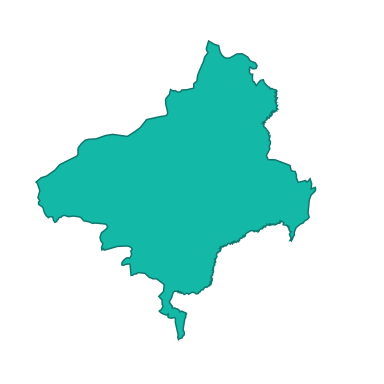 Kantharalak, Si Sa Ket, Thailand, rotated 52°
{"feature_id": "78962969B93646658502298", "entity_name": "Kantharalak", "entity_type": "district", "adm_level": 2, "iso_a3": "THA", "parent_name": "Thailand", "parent_adm1": "Si Sa Ket", "projection": "robinson", "projection_center": [104.776, 14.571], "detail": "fine", "context": "isolated", "style": "filled", "palette": "teal", "viewbox_px": 384, "rotation_deg": 52, "n_neighbors": 0, "source": "geoboundaries", "source_scale": "gbopen_adm2", "svg_char_len": 6003}
<svg xmlns="http://www.w3.org/2000/svg" viewBox="0 0 384 384"><g transform="rotate(52 192 192)"><path d="M134.0,65.0L132.4,62.9L129.3,62.6L124.4,65.4L120.0,65.0L113.9,67.4L110.9,71.5L109.7,79.5L108.3,81.8L106.4,83.5L102.7,84.2L99.3,83.8L93.0,80.9L89.4,83.5L83.2,85.9L87.7,92.3L89.1,93.2L92.0,93.6L93.6,99.2L96.1,102.4L101.9,113.1L103.8,116.0L107.7,120.0L107.7,123.8L111.2,126.7L108.2,133.2L105.4,137.1L105.9,139.4L104.6,141.7L101.9,142.7L100.4,144.9L98.0,145.8L101.2,149.7L102.2,154.6L103.2,156.2L106.7,158.6L114.0,162.0L115.4,163.2L116.0,164.6L115.4,166.6L113.2,170.2L107.0,183.2L109.4,192.9L109.3,199.5L108.4,208.7L97.7,219.1L94.3,225.3L90.9,235.2L86.9,240.9L85.4,244.3L85.8,249.3L87.0,254.1L88.5,255.9L92.2,258.6L92.8,260.8L89.0,279.4L90.4,286.4L89.9,296.8L87.9,302.1L88.2,308.8L89.9,308.5L97.3,311.1L101.7,317.0L105.1,317.2L105.6,319.3L107.4,320.5L111.3,319.1L112.9,319.2L118.0,321.2L121.7,321.4L123.9,320.9L124.0,319.1L126.0,317.1L129.0,318.5L131.5,318.8L131.9,316.8L131.1,315.9L131.3,314.6L130.3,312.4L131.3,310.9L131.0,308.7L132.1,306.7L135.4,304.6L137.8,300.4L142.5,295.9L144.3,295.1L148.0,295.1L152.1,291.5L155.6,289.6L157.1,287.1L164.1,279.8L165.8,279.5L167.5,280.0L168.4,282.3L168.4,288.5L171.1,292.4L174.4,293.9L177.7,294.0L180.3,297.7L182.2,298.6L182.1,296.7L183.6,297.0L184.0,296.5L189.0,284.2L194.4,276.6L196.4,274.9L198.4,274.1L200.3,274.4L200.8,276.5L203.8,277.9L204.9,279.4L205.8,282.1L204.5,282.8L203.6,284.5L203.7,287.7L204.4,290.4L206.1,292.1L207.4,291.4L208.3,288.7L210.1,285.5L210.8,285.3L220.2,291.4L221.0,290.0L221.2,287.7L222.2,286.6L222.4,284.1L227.1,279.1L233.3,278.2L234.6,277.0L236.1,276.5L238.7,273.3L247.2,271.0L248.4,271.4L252.8,275.6L253.8,282.4L258.7,282.1L262.2,284.7L264.3,285.2L265.8,288.7L265.5,290.7L265.9,291.2L268.4,290.7L271.8,289.0L273.6,287.4L273.6,286.0L275.5,287.8L276.7,287.7L278.8,285.9L279.9,283.5L281.4,282.8L284.5,285.4L296.2,290.9L297.7,292.7L300.0,293.5L300.0,291.9L300.8,289.8L299.8,287.3L299.8,286.1L297.6,284.3L296.7,284.4L294.4,283.2L287.4,275.7L286.8,273.9L285.5,273.3L285.1,272.1L284.5,272.2L284.1,271.1L279.6,273.4L278.9,275.4L277.9,274.8L275.5,275.3L275.5,275.7L272.7,277.0L272.3,278.1L271.1,278.9L270.4,277.9L265.7,277.8L264.4,277.2L262.8,273.2L259.6,268.7L259.6,266.5L261.0,265.2L261.5,263.9L262.4,264.6L262.4,263.8L263.0,264.0L263.2,263.4L263.6,263.8L264.7,263.0L264.3,262.5L265.3,262.3L265.2,261.6L268.0,261.3L268.5,258.5L269.7,257.6L270.5,257.6L271.0,253.7L273.0,251.8L274.6,251.6L275.5,250.4L275.8,249.3L275.1,248.2L275.7,247.5L274.8,244.7L275.8,243.6L275.0,240.9L275.2,239.5L276.0,239.3L276.4,238.1L275.9,236.2L276.6,236.0L276.2,235.3L276.6,234.4L276.3,233.9L275.9,234.2L275.7,233.2L275.2,233.8L274.5,233.4L275.1,233.0L274.9,232.3L274.4,232.8L273.9,232.1L274.1,230.4L273.4,230.0L272.2,230.4L272.4,229.4L270.8,229.3L270.8,228.8L269.8,228.3L270.2,227.2L269.7,226.5L268.5,225.8L268.6,224.9L267.6,223.8L266.9,223.4L266.3,223.8L266.3,222.9L264.9,222.4L265.1,221.7L263.9,221.0L263.5,218.9L262.8,219.0L261.6,217.9L262.1,217.3L261.4,216.2L260.5,216.6L260.0,215.4L258.9,215.6L258.7,215.1L259.3,214.7L258.2,212.0L256.7,211.6L255.3,209.4L255.8,208.9L255.4,207.3L256.0,206.9L255.9,206.1L255.3,206.2L255.2,204.9L254.6,204.3L253.8,204.9L253.9,204.1L253.6,204.4L252.6,203.5L253.3,203.1L253.6,200.7L254.4,201.0L254.3,198.7L254.9,198.9L255.4,198.0L254.7,195.0L256.7,193.8L256.3,192.5L257.7,192.1L257.2,191.5L257.5,190.9L256.8,190.9L257.2,190.4L256.6,190.5L256.6,189.4L257.5,189.5L257.3,188.5L258.9,188.3L258.9,186.7L259.5,186.2L259.0,186.0L259.6,185.3L259.4,184.6L258.9,184.7L259.1,184.0L258.1,182.9L259.1,181.2L258.0,178.5L258.8,178.2L259.1,179.2L259.6,178.3L259.0,177.7L259.4,177.4L259.3,176.8L258.2,175.9L257.9,174.9L258.6,169.9L259.4,168.2L261.5,167.3L261.2,166.9L261.7,166.7L261.6,166.2L262.1,165.2L262.6,165.4L262.8,164.5L264.1,164.6L263.9,162.8L263.2,162.2L263.5,159.7L264.1,159.6L264.1,158.9L263.6,158.6L263.9,157.7L263.3,157.4L263.8,156.6L263.4,156.3L264.7,155.6L263.4,152.8L264.3,152.9L265.1,152.3L264.9,150.8L265.7,151.0L265.6,151.5L266.1,151.3L266.3,150.7L265.8,150.5L265.7,149.6L266.7,149.7L267.2,147.9L267.7,148.1L267.9,147.2L268.7,147.2L269.1,146.5L268.9,145.9L269.5,145.2L269.2,143.7L270.1,142.9L269.9,142.1L270.6,142.1L270.5,141.1L269.3,140.5L269.8,140.2L269.6,139.7L272.5,138.5L274.0,140.3L276.4,137.9L277.4,137.4L277.8,138.0L279.1,137.1L279.5,138.1L280.8,137.9L281.2,138.7L283.5,139.0L284.3,138.5L285.1,140.9L285.7,141.5L289.5,142.3L290.5,144.5L290.7,143.9L291.7,143.9L290.9,141.9L290.0,141.3L290.2,140.6L289.3,139.5L289.2,138.0L286.6,136.1L284.2,131.9L284.0,126.2L284.9,123.3L284.1,121.4L284.6,117.7L284.1,115.3L279.7,113.3L270.4,104.4L267.7,100.1L267.1,94.4L266.0,92.9L264.2,92.0L262.9,96.2L259.2,92.6L254.2,90.8L255.0,93.6L254.6,95.6L252.9,95.4L249.8,102.4L245.3,101.1L242.8,99.2L239.3,98.1L237.1,100.2L235.4,100.4L231.5,98.4L217.8,106.7L213.4,112.1L209.0,110.9L205.8,104.0L203.7,103.2L202.3,100.8L200.2,98.9L198.5,99.3L195.9,96.0L195.4,95.8L195.1,96.8L193.1,96.0L193.1,94.9L187.0,94.7L184.4,95.2L182.8,93.5L181.9,94.1L182.4,93.1L181.3,93.1L181.8,92.1L180.8,92.6L181.3,91.3L180.8,90.4L181.0,88.3L180.0,87.9L180.0,87.1L179.5,86.8L180.1,86.3L180.5,86.8L180.8,86.2L180.4,85.8L181.1,85.4L180.5,84.8L180.7,84.3L179.5,83.6L180.8,83.1L180.6,81.7L180.3,81.2L179.3,81.6L179.3,80.2L178.4,80.6L178.6,79.6L178.1,79.5L178.9,78.8L178.1,78.1L179.5,78.1L179.2,77.0L179.7,77.0L179.4,76.2L180.2,75.2L178.5,74.4L179.3,73.4L177.4,73.5L176.4,71.4L175.9,72.2L173.6,70.8L173.1,71.5L173.3,70.4L172.6,71.0L171.7,70.3L171.9,69.7L171.3,68.9L170.7,69.5L170.5,68.8L171.1,68.3L170.3,66.7L169.3,67.7L168.6,67.2L168.0,68.0L167.3,67.7L167.8,66.5L167.6,65.6L165.9,64.4L165.5,65.6L164.4,65.4L164.8,62.9L163.0,63.0L161.3,64.7L159.6,65.3L159.2,66.9L157.3,66.4L157.2,67.0L150.6,67.8L147.4,66.7L146.2,69.4L147.7,75.9L143.4,75.2L142.5,75.9L140.0,74.7L136.4,71.7L135.8,73.0L134.7,73.3L132.5,72.9L131.8,71.7L130.7,71.4L130.6,70.8L129.1,70.0L129.5,69.1L131.9,68.6L133.2,67.4L133.0,66.8L133.9,65.9L134.0,65.0Z" fill="#14b8a6" stroke="#0f766e" stroke-width="1.5"/></g></svg>